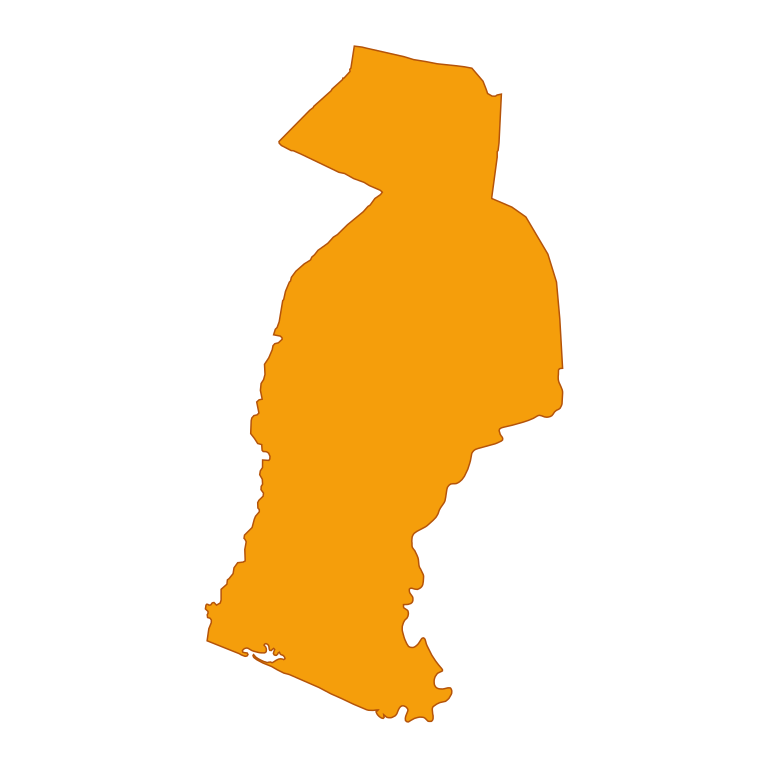 the district of Moyuta, Jutiapa, Guatemala
{"feature_id": "79465075B23671365948765", "entity_name": "Moyuta", "entity_type": "district", "adm_level": 2, "iso_a3": "GTM", "parent_name": "Guatemala", "parent_adm1": "Jutiapa", "projection": "mercator", "projection_center": [-90.132, 13.908], "detail": "fine", "context": "isolated", "style": "filled", "palette": "amber", "viewbox_px": 768, "rotation_deg": 0, "n_neighbors": 0, "source": "geoboundaries", "source_scale": "gbopen_adm2", "svg_char_len": 6106}
<svg xmlns="http://www.w3.org/2000/svg" viewBox="0 0 768 768"><path d="M501.4,94.1L497.1,95.0L495.4,96.2L492.1,96.1L487.6,93.5L486.1,89.1L483.0,81.2L471.9,68.2L464.5,66.8L456.5,65.8L437.3,63.8L425.4,61.5L413.6,59.6L404.5,56.8L367.0,48.3L362.1,47.1L354.3,46.1L350.9,68.1L349.8,69.3L350.0,71.5L344.0,78.1L342.9,78.1L342.6,79.5L332.2,88.9L331.0,90.9L313.7,106.4L313.3,107.5L309.8,110.2L279.0,141.5L279.2,143.2L281.4,145.5L291.2,150.6L293.3,150.7L300.6,153.9L338.9,172.3L344.6,173.5L353.7,178.6L363.9,182.3L369.4,185.6L380.3,190.3L382.3,192.2L380.5,194.6L374.9,198.5L370.1,205.1L368.0,206.4L363.2,211.8L347.5,224.7L337.4,234.6L333.3,237.2L327.8,243.3L318.0,250.3L314.5,254.8L311.8,257.1L310.5,260.0L304.2,263.9L295.9,271.2L291.4,277.3L290.5,281.0L289.3,282.2L285.5,291.3L283.7,299.5L282.7,300.7L279.2,321.7L277.1,327.5L275.3,329.3L273.6,334.8L280.3,336.1L281.9,337.6L282.2,339.2L278.4,342.8L274.8,343.7L273.0,345.7L272.2,349.8L268.8,357.8L264.5,364.3L265.0,374.4L263.6,379.6L261.1,383.5L260.4,390.4L262.2,399.2L259.1,399.8L256.7,402.0L258.9,413.0L257.0,414.9L253.9,415.6L251.8,418.0L251.2,420.6L250.7,433.6L254.5,438.5L257.7,443.5L261.7,444.6L262.1,450.3L263.2,451.5L266.4,451.7L268.6,453.1L270.0,456.4L269.8,459.1L268.8,460.4L262.6,460.0L262.5,467.6L260.3,470.9L259.7,474.7L262.3,479.3L262.6,484.2L261.2,486.4L261.0,489.7L263.5,493.1L263.1,496.2L258.9,500.3L257.7,502.6L257.9,508.0L259.3,509.6L259.3,511.8L255.5,516.3L254.3,519.2L252.1,527.5L244.5,535.1L244.0,538.3L245.1,539.5L246.2,541.8L244.8,549.5L245.2,560.9L243.0,562.1L237.7,562.7L234.0,567.8L233.1,573.6L229.1,578.6L227.4,579.9L226.9,584.2L221.1,589.3L221.1,600.1L220.2,603.0L216.5,605.1L214.0,602.5L212.8,602.7L211.9,603.2L210.8,604.9L208.9,605.1L207.9,604.4L206.8,604.2L206.0,605.1L205.4,608.9L208.0,611.4L208.0,613.4L207.2,614.8L207.6,617.5L210.0,618.2L211.3,619.9L211.3,622.6L208.8,628.8L207.1,640.8L239.3,653.7L240.6,654.5L241.8,655.1L244.7,656.2L245.7,656.3L247.1,655.9L248.0,654.5L247.2,653.0L244.3,652.6L242.7,652.1L242.4,650.6L243.6,649.2L244.9,648.4L246.8,648.0L248.1,648.3L251.6,650.4L253.3,651.1L258.1,652.4L260.3,652.8L264.3,652.9L265.6,652.4L266.2,651.5L266.4,649.6L266.2,648.4L265.7,647.1L264.0,645.1L264.7,644.1L265.9,643.6L267.5,644.3L268.4,645.3L268.9,646.6L269.2,649.0L269.8,650.4L271.4,650.5L272.3,649.4L273.7,648.4L274.7,649.5L273.7,652.1L273.4,653.5L274.0,654.7L275.1,655.3L276.4,655.3L277.7,654.1L278.3,652.8L279.4,652.2L280.1,653.8L280.9,654.6L282.9,655.3L283.8,656.1L284.6,657.2L285.0,658.7L283.8,659.6L282.6,659.1L280.8,658.8L279.6,658.9L278.6,659.1L277.5,659.6L276.1,660.3L273.2,662.2L272.0,662.7L270.6,662.0L268.7,662.2L267.0,662.6L265.9,662.1L263.8,661.5L261.0,660.2L258.3,658.8L255.8,657.1L253.6,654.6L253.0,655.4L253.4,656.8L254.2,657.8L256.9,659.8L262.9,663.0L271.6,666.5L277.1,669.7L283.9,673.1L287.8,674.1L289.7,674.7L319.0,687.5L330.9,693.8L341.5,698.5L353.5,704.2L366.5,709.7L368.3,710.2L369.7,710.3L373.1,710.4L376.9,709.9L378.2,709.9L377.4,710.9L376.1,711.1L376.2,712.3L377.2,714.3L378.1,715.4L379.2,716.5L380.7,717.6L381.7,718.1L383.1,718.4L384.1,717.5L383.7,714.7L386.0,716.7L387.1,717.4L388.7,717.7L391.0,717.7L392.3,717.3L395.2,715.8L396.3,714.6L397.0,713.4L398.2,710.3L398.9,708.9L399.6,707.7L400.5,706.7L401.8,705.9L403.5,705.8L405.7,706.7L406.9,707.9L407.8,709.2L407.9,710.7L405.8,716.0L405.5,717.1L405.3,718.6L405.5,720.6L407.0,721.8L408.5,721.9L411.0,720.3L414.5,718.4L417.6,717.5L419.7,717.1L422.2,717.2L423.8,717.5L425.1,718.3L427.9,721.1L428.9,721.4L430.0,721.4L431.4,721.3L432.2,720.6L432.8,719.7L433.1,718.4L433.1,715.8L432.7,713.9L432.3,709.8L432.3,708.7L432.7,707.3L433.3,706.5L436.7,704.1L439.8,702.6L445.6,701.3L447.7,699.6L449.0,698.3L450.9,695.0L451.6,693.6L451.8,691.8L451.7,690.3L451.1,688.9L450.5,688.0L449.1,687.8L447.6,687.9L444.3,688.7L442.7,689.0L440.0,688.9L438.7,688.7L437.5,688.3L436.5,687.7L435.7,687.0L434.6,685.2L434.3,684.0L434.1,681.8L434.2,679.9L434.6,678.3L435.2,676.6L436.9,674.1L437.6,673.3L439.7,672.2L441.3,671.5L442.4,670.9L442.5,669.9L441.8,668.7L438.5,664.8L435.6,661.0L431.8,655.2L427.1,645.8L426.4,644.1L425.5,640.8L425.0,639.2L423.7,637.9L422.3,638.1L421.4,639.0L418.9,642.9L418.0,644.1L417.1,645.0L415.8,646.1L414.5,647.0L413.0,647.5L411.0,647.4L410.0,647.2L408.5,646.4L406.7,643.6L404.8,639.4L404.1,637.4L402.8,632.7L402.3,630.6L402.2,629.1L402.3,626.3L403.3,623.1L403.9,621.7L405.0,619.9L406.9,618.2L407.9,616.3L408.3,614.6L408.4,613.2L408.0,611.0L407.1,610.0L403.9,607.9L403.5,607.0L403.5,604.6L406.6,604.5L408.0,604.4L410.8,603.5L412.0,602.5L412.5,601.7L412.9,600.4L412.9,598.0L412.5,596.7L410.0,593.2L409.5,592.0L409.3,590.7L409.3,589.2L410.3,588.3L411.7,588.2L414.8,589.1L416.3,589.3L417.5,589.4L419.8,588.3L420.9,587.5L421.8,586.5L422.4,585.5L422.8,584.5L423.3,581.5L423.6,576.7L423.5,575.6L423.2,574.5L420.5,568.9L419.7,567.7L419.2,566.3L418.9,564.9L418.4,559.7L418.0,557.8L417.0,555.3L414.8,550.7L413.8,549.5L412.6,547.8L412.2,546.9L412.0,545.5L412.0,543.1L411.8,541.4L411.9,539.3L412.2,536.8L413.2,534.6L414.2,533.3L417.0,531.3L425.5,526.8L427.2,525.6L432.9,520.5L435.9,517.4L436.9,515.8L438.0,513.9L439.3,510.1L440.5,507.9L444.1,502.7L445.0,500.8L445.7,497.1L446.8,489.7L447.4,487.4L448.4,486.0L449.3,485.0L450.8,484.0L453.0,483.7L454.6,483.7L456.1,483.6L457.3,483.1L458.8,482.3L459.9,481.5L462.0,479.6L464.4,476.3L467.8,469.2L469.6,463.6L470.4,460.8L471.8,453.3L472.9,451.6L474.0,450.4L475.5,449.4L478.0,448.5L495.1,443.8L497.4,442.9L501.4,441.0L502.6,439.9L502.7,438.2L501.9,436.7L501.2,435.9L500.2,434.3L499.1,430.6L499.6,429.0L501.5,427.8L504.5,427.0L512.3,425.2L523.3,422.1L528.4,420.4L533.4,418.3L537.8,415.7L539.4,415.3L541.6,415.8L544.5,416.9L546.6,417.2L548.0,417.1L550.1,416.6L551.8,415.7L553.0,414.3L554.5,412.0L555.6,411.0L556.5,410.3L558.8,409.2L560.1,408.2L561.5,405.5L562.0,403.9L562.6,393.3L562.6,391.8L562.3,390.1L561.0,386.8L558.9,382.2L558.3,379.8L558.2,377.9L558.2,376.3L558.4,374.5L558.5,370.0L559.5,368.7L561.1,368.4L562.6,368.3L559.8,319.0L556.5,282.1L547.9,254.2L525.9,217.0L511.9,207.1L491.8,198.5L491.8,197.1L497.2,157.1L497.2,151.7L498.1,150.4L499.0,142.9L501.4,94.1Z" fill="#f59e0b" stroke="#b45309" stroke-width="1.5"/></svg>